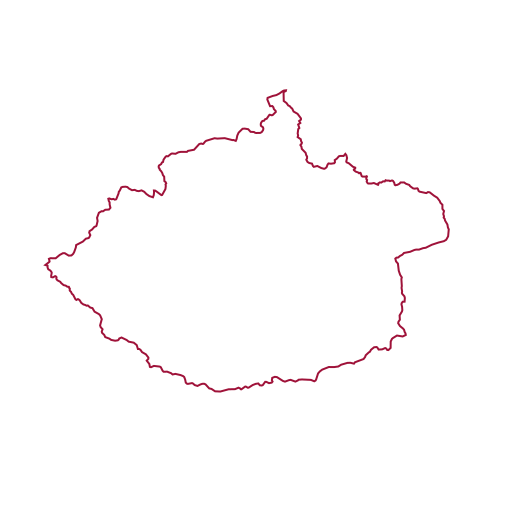 the district of Alpujarra, Tolima, Colombia, rotated 35°
{"feature_id": "7082276B44819240865688", "entity_name": "Alpujarra", "entity_type": "district", "adm_level": 2, "iso_a3": "COL", "parent_name": "Colombia", "parent_adm1": "Tolima", "projection": "orthographic", "projection_center": [-74.953, 3.394], "detail": "fine", "context": "isolated", "style": "outline", "palette": "rose", "viewbox_px": 512, "rotation_deg": 35, "n_neighbors": 0, "source": "geoboundaries", "source_scale": "gbopen_adm2", "svg_char_len": 6137}
<svg xmlns="http://www.w3.org/2000/svg" viewBox="0 0 512 512"><g transform="rotate(35 256 256)"><path d="M295.8,390.4L300.1,390.3L304.5,387.5L310.0,380.9L315.2,377.1L317.2,373.9L319.1,373.6L319.9,373.9L320.5,373.6L322.0,369.2L322.5,368.8L324.9,368.6L325.5,368.0L327.3,363.6L329.1,360.9L331.0,359.1L333.3,359.7L335.0,358.8L335.6,357.9L335.7,353.8L336.6,353.2L339.6,352.7L341.5,350.7L341.6,349.4L340.2,348.6L339.2,346.5L340.7,344.2L342.6,343.2L349.7,342.9L351.8,342.3L354.2,338.8L355.4,337.6L360.3,336.3L361.7,333.9L361.8,333.0L364.4,330.8L372.0,326.0L375.6,325.2L376.2,323.9L376.1,322.7L374.2,316.6L374.5,313.9L375.4,311.1L379.3,305.2L383.8,302.1L386.8,299.3L388.1,296.2L392.2,291.1L394.6,289.3L398.0,288.0L398.0,286.3L403.2,278.7L403.3,276.1L402.8,274.4L403.7,270.2L404.2,269.2L404.0,266.8L405.1,263.0L407.0,261.4L407.9,261.4L410.1,262.3L412.9,260.1L414.6,257.3L415.8,257.1L417.4,257.7L418.4,257.1L419.0,254.1L415.4,248.8L414.9,245.9L415.2,244.7L417.1,240.3L422.3,237.8L424.0,234.8L422.8,233.6L421.4,233.0L419.6,231.5L418.1,231.1L414.1,230.8L411.0,229.5L410.4,228.1L410.4,225.7L407.7,222.3L407.4,217.8L406.9,216.4L404.8,213.8L402.9,212.2L402.4,211.2L402.4,209.3L403.9,208.2L402.0,205.0L400.7,203.9L397.4,203.1L396.7,202.6L396.0,201.2L393.5,198.6L392.7,197.0L388.3,191.5L387.7,189.9L384.8,188.7L381.4,186.2L376.6,180.8L373.8,180.1L371.6,178.2L372.0,176.8L373.3,175.7L373.9,173.4L375.1,171.1L375.5,168.6L379.8,164.2L382.3,160.2L383.6,158.8L385.9,157.2L388.4,153.7L390.3,151.9L393.6,145.9L398.0,140.0L401.4,136.1L402.5,133.6L402.1,129.7L398.6,123.6L396.9,122.6L394.7,120.4L390.5,118.5L389.2,117.3L387.7,116.9L387.2,115.6L385.3,114.2L384.2,111.3L381.7,110.5L379.3,107.1L376.5,106.6L375.0,105.6L371.0,104.3L367.2,104.5L361.8,104.2L360.2,105.0L359.5,106.7L359.0,107.0L353.0,109.5L351.8,109.4L350.0,108.1L349.4,108.0L347.1,110.0L345.8,110.5L342.2,110.4L340.8,109.9L337.4,110.8L335.1,110.8L332.2,112.9L332.1,114.4L331.0,116.6L329.6,118.1L328.8,118.1L327.2,116.7L325.2,115.9L324.1,116.1L322.8,117.8L321.8,117.9L319.8,119.3L318.7,119.6L318.7,121.1L317.3,121.9L316.5,124.0L315.2,124.7L314.5,126.5L315.2,127.3L315.2,127.7L310.7,128.6L308.8,130.6L306.3,132.3L305.6,132.3L304.0,131.6L303.4,130.0L302.4,129.8L301.8,129.2L301.2,127.2L300.8,127.2L300.2,128.2L297.6,129.9L296.7,129.9L294.1,128.0L293.5,128.1L293.0,129.1L291.7,129.0L289.2,129.7L286.9,129.5L286.5,129.0L287.1,127.5L286.6,126.7L284.2,127.3L278.9,126.8L276.5,127.3L275.7,126.8L274.4,123.5L272.2,121.6L270.6,121.1L270.4,123.8L267.5,125.8L266.7,126.8L266.4,129.9L265.5,132.3L266.9,133.9L266.9,135.1L264.5,137.4L262.3,138.6L262.2,140.0L262.9,142.9L262.4,144.6L261.8,145.5L259.0,146.5L254.6,147.1L252.2,149.8L251.0,149.6L248.9,148.2L246.3,149.3L244.3,149.4L242.0,148.3L241.8,146.7L240.7,145.1L239.6,144.8L237.4,143.0L232.1,142.0L230.4,140.3L228.9,139.8L228.6,139.2L229.0,138.3L228.7,136.9L227.0,136.0L225.7,134.7L221.9,134.7L221.3,133.0L219.9,131.8L217.8,127.8L218.1,126.3L215.1,124.1L216.0,121.6L213.9,120.7L214.6,118.5L213.9,117.5L208.5,115.7L203.9,116.1L201.1,114.5L199.5,114.4L197.8,113.9L196.0,114.2L193.3,113.2L189.8,113.1L184.7,106.1L185.1,104.9L185.8,103.9L185.5,103.1L184.0,104.4L183.3,105.6L182.0,109.4L180.4,112.5L177.9,115.3L174.8,119.8L175.5,121.3L181.6,125.2L183.4,123.8L184.9,124.2L186.4,125.4L188.9,125.9L189.6,126.6L188.8,131.0L188.2,131.7L186.2,132.4L186.0,132.8L186.0,137.5L185.0,138.7L185.0,140.6L183.8,141.7L183.7,143.8L184.2,145.2L185.3,146.5L188.0,146.6L189.1,147.6L189.6,148.9L189.6,151.2L188.9,152.7L185.5,155.2L184.3,155.6L183.2,155.6L180.3,157.4L176.9,156.6L173.7,158.1L172.0,159.5L171.0,164.9L171.6,168.1L173.0,171.3L173.4,173.3L171.0,173.9L170.2,174.6L162.8,177.4L157.0,182.0L154.5,183.3L149.1,190.2L148.7,191.4L148.5,194.3L147.9,194.9L146.6,195.3L145.3,196.8L144.3,204.5L140.0,208.9L139.7,210.3L134.7,213.8L133.0,215.5L131.5,218.4L128.4,220.2L127.8,221.1L126.7,224.9L125.3,225.6L125.0,226.8L125.0,230.1L125.9,232.3L125.3,233.4L125.6,235.1L124.6,237.6L124.9,238.5L125.8,239.5L127.0,239.8L127.6,240.5L129.9,241.0L131.8,241.9L133.3,243.1L135.3,243.7L138.0,247.2L139.6,247.3L140.8,248.0L140.8,249.2L141.9,250.3L143.4,253.1L144.1,259.8L143.6,260.4L137.6,260.2L135.7,260.3L134.8,260.9L135.9,262.2L137.3,264.7L137.9,267.0L134.2,268.1L130.6,268.1L127.6,267.5L124.6,267.9L122.8,270.1L121.0,271.0L118.7,271.4L116.7,273.2L113.2,273.6L111.1,273.3L109.3,274.1L107.1,275.9L106.3,277.1L106.9,280.6L106.8,282.1L107.5,283.5L108.9,289.4L108.8,290.0L107.9,290.9L106.5,291.0L105.1,292.4L102.8,293.0L102.2,293.8L103.8,295.3L105.3,296.0L106.6,297.8L109.1,300.0L108.9,302.3L106.0,304.6L105.0,307.2L103.8,307.9L102.5,310.7L103.9,315.9L106.2,318.2L107.9,322.5L108.0,323.2L106.9,324.9L106.5,328.4L105.4,331.1L106.0,332.6L108.3,333.9L108.7,336.4L108.6,337.3L106.7,339.4L105.9,343.5L102.4,350.2L103.5,352.3L104.8,357.1L105.0,359.1L104.5,361.4L102.4,363.1L97.7,363.4L96.2,364.5L94.6,367.7L93.2,372.8L88.9,375.7L88.0,377.1L90.0,378.8L90.1,379.3L88.6,384.2L90.8,383.5L91.9,385.0L93.4,386.0L95.8,385.9L97.3,386.3L98.3,386.9L99.6,389.8L100.4,390.7L101.9,390.0L103.0,387.7L104.0,387.5L104.8,387.8L105.3,388.9L106.0,389.5L107.3,389.8L110.5,389.4L111.8,389.9L115.1,390.2L117.1,389.4L119.0,389.4L120.4,388.6L121.4,389.4L122.1,389.4L123.1,391.0L123.8,391.3L124.9,391.4L126.8,392.5L128.6,392.7L132.9,395.0L134.1,395.0L134.8,393.5L135.3,393.3L137.0,393.4L139.7,394.6L142.4,394.7L144.1,394.1L145.7,393.9L146.6,393.0L149.8,393.3L151.9,392.5L155.7,394.2L160.6,393.7L162.3,394.0L165.9,396.2L168.1,402.3L169.6,403.4L172.3,404.0L173.0,406.4L173.9,407.2L177.0,407.7L179.0,408.9L183.3,407.8L185.5,407.8L189.2,406.2L191.2,404.3L191.5,403.2L191.3,402.0L192.6,399.9L198.3,399.0L200.8,399.2L205.6,397.1L209.4,397.4L212.6,399.9L213.6,399.2L215.1,399.1L217.8,400.1L222.2,399.7L226.1,400.9L226.8,402.0L226.5,404.4L230.5,405.6L232.7,407.7L233.8,407.3L235.4,404.6L240.6,401.8L241.8,401.7L245.4,403.6L246.7,403.8L249.6,401.7L253.7,400.7L255.6,400.9L257.6,398.8L262.5,396.8L265.2,396.2L266.6,396.3L268.9,397.9L271.1,400.0L272.8,400.2L273.6,399.8L276.5,396.8L277.6,396.6L279.8,396.9L282.6,396.0L284.2,393.0L285.4,391.4L286.8,390.4L288.3,390.1L293.6,391.3L295.8,390.4Z" fill="none" stroke="#9f1239" stroke-width="2"/></g></svg>